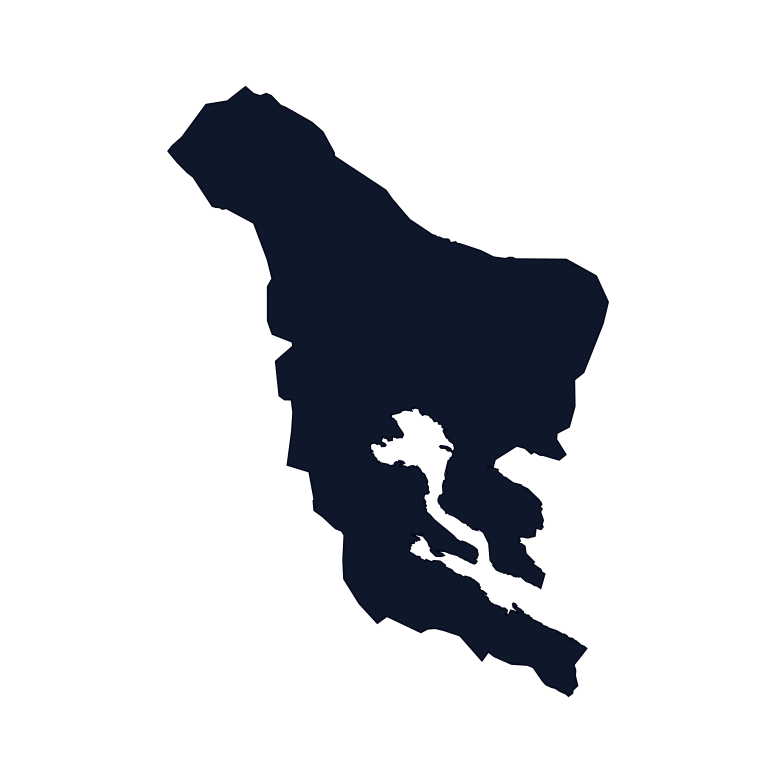 the district of Samnanger nor, Hordaland, Norway, rotated 288°
{"feature_id": "86288312B8204828697072", "entity_name": "Samnanger nor", "entity_type": "district", "adm_level": 2, "iso_a3": "NOR", "parent_name": "Norway", "parent_adm1": "Hordaland", "projection": "orthographic", "projection_center": [5.7, 60.407], "detail": "fine", "context": "isolated", "style": "filled", "palette": "ink", "viewbox_px": 768, "rotation_deg": 288, "n_neighbors": 0, "source": "geoboundaries", "source_scale": "gbopen_adm2", "svg_char_len": 6171}
<svg xmlns="http://www.w3.org/2000/svg" viewBox="0 0 768 768"><g transform="rotate(288 384 384)"><path d="M277.0,317.1L277.4,339.9L252.5,353.4L251.2,352.8L242.2,356.6L239.0,366.4L231.6,382.4L231.1,389.2L227.9,392.9L203.7,399.5L186.2,406.1L167.6,428.2L154.4,451.6L164.0,458.5L159.1,495.9L164.5,501.1L167.5,508.2L168.2,516.6L168.1,534.0L151.0,562.7L161.4,566.0L158.9,573.0L157.0,591.7L161.0,607.4L160.5,613.6L150.4,626.8L148.1,630.9L147.4,636.5L147.6,641.1L146.2,646.0L145.5,652.7L144.1,656.0L148.2,658.9L151.1,658.2L156.9,661.3L165.5,656.1L171.1,654.6L175.5,651.4L195.0,658.5L196.1,656.1L196.7,651.0L197.9,649.2L197.9,647.4L198.8,647.0L198.9,644.9L200.2,642.0L200.1,641.0L199.0,640.7L200.0,639.0L199.2,638.1L200.9,635.8L200.0,635.9L201.8,633.0L201.0,631.1L201.4,630.1L200.8,630.3L202.0,627.6L202.6,623.8L202.6,616.5L203.5,613.2L203.3,610.1L204.8,607.7L206.0,596.8L206.9,596.8L207.2,595.0L208.7,593.2L208.1,590.6L208.8,589.0L208.3,587.3L210.2,587.1L212.0,583.0L213.1,577.3L214.2,578.7L215.4,576.8L215.6,574.8L214.4,574.3L211.6,576.0L210.1,579.6L209.0,581.1L208.3,580.3L207.7,581.9L207.1,580.1L208.3,578.0L208.0,574.5L203.4,574.0L202.5,571.7L203.1,571.6L202.5,571.3L206.9,571.1L208.1,568.2L207.0,564.4L208.0,563.3L208.3,558.6L207.6,556.6L208.4,556.0L209.0,552.1L210.0,551.7L210.6,549.6L211.9,549.8L213.2,547.9L214.3,543.3L215.7,543.8L215.6,546.4L216.2,546.2L217.8,541.8L217.5,540.2L219.4,537.5L220.4,538.3L222.3,534.7L221.9,536.6L223.0,536.2L225.5,529.8L225.8,526.8L226.5,526.3L226.1,520.7L224.5,520.2L225.6,520.1L224.7,519.4L226.0,515.7L225.7,511.9L226.7,508.0L228.0,506.5L229.0,498.3L230.6,498.3L232.8,492.0L231.2,485.5L229.5,484.9L230.0,478.3L228.8,478.6L228.5,477.4L229.0,472.8L230.8,471.4L230.1,467.7L231.5,463.7L231.8,460.6L233.5,459.4L235.8,460.0L236.5,458.7L238.9,459.9L239.2,458.6L240.2,458.0L240.0,458.8L241.1,459.8L241.7,461.7L244.7,461.7L244.7,463.6L245.7,463.2L246.5,466.1L247.2,466.1L248.4,464.9L249.2,456.8L249.9,457.7L249.4,460.7L250.8,460.7L251.4,467.0L253.4,465.4L254.1,466.0L250.1,470.0L247.4,474.5L243.9,477.1L242.5,479.8L241.2,479.4L240.9,480.6L240.1,479.5L239.2,480.6L236.3,486.6L237.6,491.2L239.5,494.3L240.6,492.2L241.1,486.4L241.6,485.7L243.7,493.7L243.3,498.6L243.7,507.1L242.7,510.1L242.8,511.8L241.8,515.8L242.1,517.6L241.2,520.4L240.8,524.9L241.3,526.3L244.0,527.2L245.9,524.5L246.9,526.0L250.6,526.2L255.2,523.7L256.8,519.9L258.6,510.2L258.6,507.5L257.8,504.9L258.6,501.4L261.1,497.1L270.3,473.8L273.7,468.1L275.4,463.8L277.8,463.1L279.0,461.2L281.4,461.8L283.3,458.7L283.7,460.1L284.9,459.9L287.7,456.8L291.0,456.6L292.5,457.6L293.2,459.7L294.9,460.4L297.1,458.5L299.9,457.9L301.6,455.8L304.8,455.6L310.7,450.3L311.4,447.4L314.6,444.0L314.4,442.2L315.3,442.4L316.1,440.8L314.3,439.2L315.3,438.2L315.0,436.1L312.7,432.9L311.8,433.1L312.2,428.6L311.1,424.4L312.3,424.0L312.8,425.8L315.1,428.0L316.1,426.3L316.1,424.0L314.1,425.1L315.8,421.9L313.9,421.5L313.8,419.6L311.9,418.4L309.6,418.9L309.2,416.8L308.0,416.2L308.7,412.3L307.8,405.2L308.9,403.2L307.4,402.6L310.6,399.9L312.1,396.8L313.7,395.9L315.1,392.3L315.8,392.4L316.3,394.2L317.3,392.7L317.2,391.5L321.7,389.8L323.8,390.7L325.1,393.6L324.5,396.3L325.3,396.9L325.7,399.5L323.9,401.1L325.0,404.1L326.2,404.7L327.5,403.4L328.2,398.8L333.4,399.1L332.8,402.0L333.2,403.8L331.2,405.7L333.1,409.2L336.5,408.2L337.0,412.1L336.6,412.8L338.4,416.2L338.4,417.5L341.4,418.2L342.9,417.3L348.9,409.6L352.5,406.8L353.1,404.6L354.1,403.8L353.7,402.9L354.4,401.0L357.1,400.6L361.9,408.2L364.7,409.8L366.1,412.9L367.1,418.8L368.6,417.5L370.6,418.8L370.6,419.8L369.0,419.5L370.8,420.4L371.3,424.9L368.2,426.9L366.2,430.3L367.8,432.1L368.2,436.6L366.6,438.6L366.4,440.5L363.8,443.5L365.0,445.2L364.9,447.0L362.8,448.8L363.5,450.0L362.9,452.1L361.0,452.5L359.6,457.8L358.6,454.8L357.3,455.1L353.5,458.8L353.8,460.2L353.1,459.2L352.2,460.1L351.6,462.4L350.2,463.5L348.6,468.6L344.8,471.0L341.4,471.1L341.4,468.7L343.1,467.4L343.9,463.3L342.9,457.0L341.7,456.3L340.7,458.1L341.8,462.3L340.2,465.4L341.0,468.6L338.8,471.4L334.8,471.0L334.0,469.8L332.8,470.6L330.9,468.8L318.6,469.7L319.2,470.2L318.6,471.4L316.9,471.4L316.7,470.0L312.0,472.3L310.3,470.8L305.3,471.2L298.5,474.1L296.5,473.4L295.2,471.5L291.5,471.1L289.3,471.7L287.1,473.6L287.0,474.8L284.1,476.8L284.6,477.6L283.0,479.5L282.7,481.1L279.6,483.4L280.7,482.8L281.0,484.5L280.2,486.6L280.2,490.5L279.0,496.0L276.7,501.8L276.9,505.9L275.3,507.3L275.8,508.0L273.4,513.2L273.7,518.1L275.4,516.3L275.9,516.9L273.6,524.5L264.8,533.0L249.2,539.5L245.5,544.8L245.1,543.8L242.0,548.2L241.4,553.0L242.0,552.8L241.9,554.3L241.2,556.4L242.0,558.3L241.3,561.1L242.4,563.0L241.3,566.8L241.5,569.5L242.4,570.4L242.1,571.9L243.4,573.0L240.3,580.0L240.1,585.3L239.0,589.4L239.9,589.1L238.1,596.2L253.1,595.6L253.9,592.1L256.1,590.5L258.9,580.9L261.0,582.0L266.5,571.4L273.2,568.2L274.4,564.3L274.5,561.4L275.1,560.7L276.8,562.1L279.1,560.1L280.4,560.6L281.4,562.7L282.1,568.3L286.0,574.6L293.4,573.1L294.0,573.9L294.3,578.4L297.2,579.4L299.3,577.6L303.6,577.6L310.7,572.3L314.1,572.9L315.7,569.8L318.0,571.2L319.3,570.4L321.9,566.8L328.6,553.0L329.4,546.8L330.3,545.8L329.8,537.4L332.6,528.8L332.6,526.0L334.2,523.8L335.4,519.6L337.8,518.8L337.7,507.0L339.2,513.4L346.4,513.0L366.1,529.3L366.5,538.0L363.1,545.7L365.8,547.7L364.6,554.8L365.4,557.0L365.9,574.1L373.1,578.8L384.6,565.1L390.6,563.7L400.4,573.4L421.7,572.4L446.8,563.8L456.7,570.3L509.1,573.6L531.2,571.9L552.3,552.5L558.8,518.8L543.5,470.4L544.0,467.2L543.0,464.0L540.7,460.7L538.5,449.0L540.6,434.6L540.7,412.3L540.2,409.9L541.3,408.2L538.7,403.4L541.1,401.5L541.5,400.1L540.2,395.5L540.8,391.2L540.1,388.8L541.0,387.1L540.8,383.9L548.3,357.5L562.4,334.5L568.8,326.0L585.2,266.6L588.6,265.0L604.8,248.0L610.5,234.6L616.6,204.9L617.0,199.5L623.3,187.7L623.8,182.2L619.8,177.4L619.8,169.9L623.9,160.5L604.6,147.5L594.8,128.4L556.3,115.6L545.1,109.0L538.7,106.7L530.7,119.3L524.3,131.8L521.9,138.6L500.1,165.7L500.1,169.5L501.1,172.8L500.4,176.4L502.3,179.7L496.8,210.4L465.9,235.0L449.6,245.1L440.7,243.2L408.1,253.8L396.9,262.4L395.6,283.9L391.8,285.6L372.1,273.9L340.4,288.0L338.4,294.2L340.4,300.9L328.7,306.3L310.2,311.0L277.0,317.1Z" fill="#0f172a" stroke="#020617" stroke-width="1.5"/></g></svg>